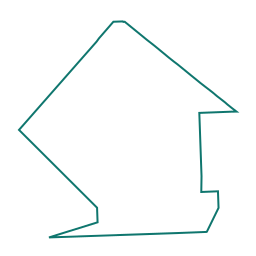 the district of Mineral, Nevada, United States of America, rotated 178°
{"feature_id": "52423323B72214422766", "entity_name": "Mineral", "entity_type": "district", "adm_level": 2, "iso_a3": "USA", "parent_name": "United States of America", "parent_adm1": "Nevada", "projection": "robinson", "projection_center": [-118.71, 38.484], "detail": "fine", "context": "isolated", "style": "outline", "palette": "teal", "viewbox_px": 256, "rotation_deg": 178, "n_neighbors": 0, "source": "geoboundaries", "source_scale": "gbopen_adm2", "svg_char_len": 553}
<svg xmlns="http://www.w3.org/2000/svg" viewBox="0 0 256 256"><g transform="rotate(178 128 128)"><path d="M19.0,140.6L23.6,144.4L27.9,148.1L30.1,150.2L37.9,156.7L42.2,160.6L49.8,166.9L53.9,170.3L63.3,178.5L76.3,189.9L80.0,192.9L84.8,197.0L98.7,209.3L106.1,215.5L116.6,224.7L127.6,234.3L129.0,234.2L129.5,234.7L138.9,234.7L153.9,218.6L156.3,215.5L237.0,129.9L161.7,49.4L161.7,34.8L210.8,21.4L79.0,21.3L53.3,21.4L52.8,21.6L40.3,45.0L40.3,61.6L57.0,61.5L56.2,77.2L56.2,140.6L23.6,140.7L19.0,140.6Z" fill="none" stroke="#0f766e" stroke-width="2"/></g></svg>